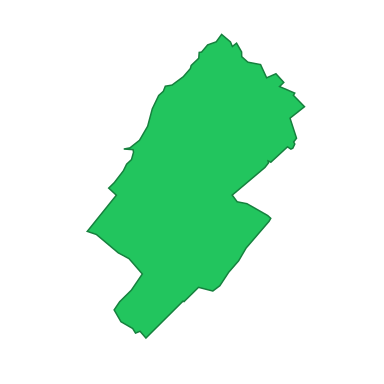 Ballymun-Finglas Lea-6, Dublin, Ireland, rotated 123°
{"feature_id": "5873133B16381399369592", "entity_name": "Ballymun-Finglas Lea-6", "entity_type": "district", "adm_level": 2, "iso_a3": "IRL", "parent_name": "Ireland", "parent_adm1": "Dublin", "projection": "equal_earth", "projection_center": [-6.294, 53.391], "detail": "fine", "context": "isolated", "style": "filled", "palette": "green", "viewbox_px": 384, "rotation_deg": 123, "n_neighbors": 0, "source": "geoboundaries", "source_scale": "gbopen_adm2", "svg_char_len": 1092}
<svg xmlns="http://www.w3.org/2000/svg" viewBox="0 0 384 384"><g transform="rotate(123 192 192)"><path d="M43.7,253.0L52.9,253.5L60.1,259.0L69.5,260.2L71.0,262.0L76.1,259.2L86.3,261.6L89.4,260.6L100.1,262.1L113.2,267.0L117.8,272.0L123.2,270.9L129.2,272.5L143.9,270.6L161.0,265.0L177.2,264.2L188.8,268.1L193.1,272.6L188.6,264.5L190.5,262.7L197.8,260.4L204.2,262.0L211.7,261.1L226.5,262.3L234.1,264.0L235.9,253.7L282.1,258.4L279.7,249.1L283.2,220.7L282.2,208.5L287.8,189.0L307.4,189.4L323.4,192.9L333.3,193.1L339.5,180.9L338.8,167.4L341.1,162.5L337.1,159.7L339.6,151.1L288.4,140.1L288.3,139.0L268.4,134.6L263.7,120.6L255.5,117.6L239.2,117.5L224.3,115.4L209.5,116.1L174.6,111.4L171.2,111.6L170.5,115.7L171.9,139.6L175.6,148.8L172.7,156.6L131.7,144.2L126.0,143.7L124.5,145.1L124.1,142.1L102.1,136.5L102.2,132.4L100.4,131.3L95.8,131.9L94.7,134.0L90.0,133.6L76.7,150.0L59.2,144.1L55.7,159.6L53.1,159.7L55.9,176.0L50.1,174.7L47.1,186.0L55.6,191.6L47.8,203.9L52.7,215.9L51.4,224.0L47.5,226.7L42.9,235.7L48.0,237.4L45.2,241.5L43.7,253.0Z" fill="#22c55e" stroke="#15803d" stroke-width="1.5"/></g></svg>